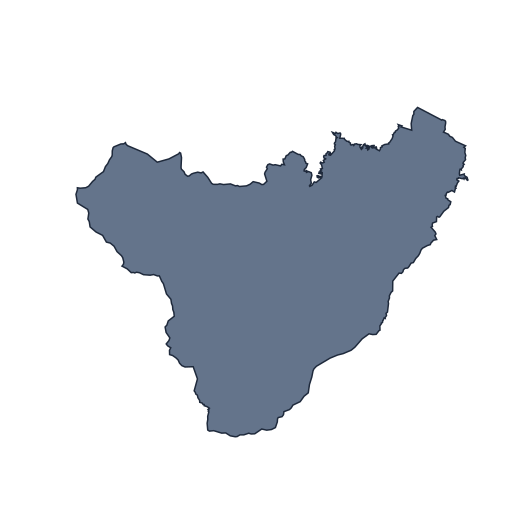 Grosii Tiblesului, Maramures, Romania (orthographic projection), rotated 193°
{"feature_id": "2599482B90074952461136", "entity_name": "Grosii Tiblesului", "entity_type": "district", "adm_level": 2, "iso_a3": "ROU", "parent_name": "Romania", "parent_adm1": "Maramures", "projection": "orthographic", "projection_center": [24.114, 47.531], "detail": "fine", "context": "isolated", "style": "filled", "palette": "slate", "viewbox_px": 512, "rotation_deg": 193, "n_neighbors": 0, "source": "geoboundaries", "source_scale": "gbopen_adm2", "svg_char_len": 6057}
<svg xmlns="http://www.w3.org/2000/svg" viewBox="0 0 512 512"><g transform="rotate(193 256 256)"><path d="M204.5,388.3L204.2,385.1L204.9,383.9L204.9,382.9L203.7,382.2L204.1,380.7L203.0,378.1L203.7,377.4L203.2,376.1L206.1,370.9L207.5,370.8L208.0,371.5L207.7,372.1L206.2,372.2L207.1,373.8L209.5,373.9L209.8,372.6L210.8,371.2L210.4,369.8L212.3,369.2L212.4,368.5L212.4,367.8L211.1,366.1L209.5,366.8L211.9,364.3L210.6,362.7L212.0,361.6L214.1,362.0L214.4,361.0L212.6,359.6L211.0,356.2L212.6,355.4L211.6,354.5L212.2,354.1L212.0,353.4L212.6,353.3L212.1,352.1L213.3,352.1L213.4,350.7L210.9,350.6L211.3,351.3L211.0,352.5L210.2,352.2L209.5,348.1L211.6,348.0L212.5,347.2L212.7,348.0L213.7,348.3L214.5,348.0L214.1,347.3L214.3,346.8L212.8,346.1L211.3,347.1L209.9,346.6L213.9,341.2L215.9,341.3L217.3,337.6L219.2,335.9L219.7,336.4L218.5,339.4L219.9,342.6L219.7,347.3L220.9,349.6L223.9,350.1L225.4,349.0L225.6,350.5L226.4,350.6L226.4,349.5L228.3,349.7L228.4,351.3L227.0,353.4L226.4,357.4L228.4,357.7L228.8,358.8L230.0,359.8L230.3,361.1L232.3,363.3L234.6,363.8L235.8,364.8L237.8,364.5L244.0,366.2L244.9,365.0L245.9,364.8L247.7,361.5L249.1,360.6L249.7,357.1L251.4,356.5L250.6,353.9L248.8,351.3L251.5,351.2L252.3,349.3L257.8,349.3L259.8,348.4L263.4,348.8L265.0,347.7L265.8,344.9L264.6,343.6L266.0,339.7L266.1,337.9L262.2,331.3L264.7,327.5L266.4,326.9L269.2,327.8L275.5,327.8L277.8,324.7L281.0,322.2L287.8,320.0L289.9,320.5L291.7,319.7L297.1,320.5L303.7,318.3L307.4,318.2L309.7,317.1L313.8,316.2L315.6,316.8L320.7,321.8L326.5,326.0L328.2,324.6L331.6,324.6L335.5,322.6L337.3,321.4L339.0,319.1L340.5,318.3L343.5,319.7L345.1,321.9L348.3,323.9L349.0,325.5L350.7,335.1L352.6,339.3L353.8,339.6L354.2,338.3L362.7,331.0L373.3,325.2L384.8,330.9L405.9,334.6L407.7,335.6L408.7,337.1L410.1,335.5L412.8,334.8L419.0,330.4L419.6,329.4L419.7,326.1L418.8,322.0L418.9,320.4L420.4,316.8L421.2,312.7L422.8,309.3L423.6,303.9L429.8,296.8L430.1,294.5L432.0,291.9L434.8,286.3L437.3,284.2L442.6,282.5L445.4,282.3L444.9,280.4L445.3,275.6L441.9,267.4L430.4,263.5L428.6,260.2L428.1,254.2L426.2,252.0L424.2,247.0L417.3,243.4L410.1,241.6L404.9,235.9L400.9,235.8L396.5,233.6L392.4,229.0L387.1,226.0L385.5,224.4L383.4,220.3L383.3,218.1L384.3,216.0L378.6,214.5L373.8,211.7L371.7,212.4L370.3,212.2L368.8,213.3L365.8,213.5L361.4,212.5L354.8,213.5L351.6,214.9L347.6,214.4L345.7,214.9L342.1,210.1L340.0,208.2L334.7,198.9L329.2,194.7L327.6,190.7L326.1,188.6L325.0,185.1L323.4,182.7L322.1,178.9L326.9,173.0L327.3,168.6L328.6,166.4L326.4,161.3L321.5,156.8L321.8,154.0L323.7,150.1L321.9,148.6L318.4,147.4L319.1,144.7L318.0,140.5L314.9,140.3L311.2,138.8L308.5,137.2L306.4,134.4L303.6,132.5L300.2,131.9L292.3,134.0L285.4,123.1L285.9,110.7L284.3,109.3L283.7,108.0L281.8,107.2L280.7,104.8L278.5,102.7L277.9,100.8L275.4,100.6L274.1,99.4L273.1,99.6L272.8,98.5L269.7,98.2L267.2,97.2L268.2,95.7L267.3,95.4L267.7,94.1L266.9,93.5L267.0,88.9L266.2,85.8L266.0,82.1L263.9,75.6L262.0,74.9L257.9,76.3L249.6,75.7L245.7,76.8L240.6,75.0L235.6,75.2L233.8,75.8L231.4,78.1L227.6,79.0L223.2,81.7L220.7,81.5L217.2,82.5L211.5,88.7L206.4,88.7L201.9,90.4L198.5,93.2L197.9,99.1L198.4,102.3L198.0,103.6L194.5,105.3L193.5,107.6L193.8,110.6L188.8,113.9L187.5,115.9L186.5,119.0L180.2,124.0L177.6,130.2L174.3,134.4L175.0,142.8L174.4,150.6L174.6,157.0L174.1,159.2L172.3,162.2L160.8,173.2L154.2,177.9L149.1,180.5L142.1,185.6L139.2,189.3L133.9,199.2L128.4,205.6L124.6,205.7L121.3,206.7L119.4,210.9L118.5,211.6L119.6,215.8L118.5,218.3L118.8,218.8L117.8,219.8L118.0,221.7L117.6,222.1L117.2,224.5L116.1,224.3L116.4,225.0L115.4,227.3L116.4,229.4L115.3,230.9L116.2,239.5L117.0,241.4L116.5,245.1L117.1,247.2L116.2,250.9L115.0,252.7L117.1,262.3L112.8,271.5L110.4,271.8L109.3,273.7L109.2,275.9L108.1,277.5L105.5,278.4L104.6,280.0L103.3,283.9L101.2,285.0L99.8,289.5L97.9,292.7L97.0,295.6L96.6,298.8L95.6,301.0L91.3,304.8L88.7,306.3L88.6,307.7L86.6,311.3L83.6,312.7L86.4,316.1L85.6,318.0L86.7,319.6L91.9,323.4L90.7,324.5L91.3,325.8L91.4,327.8L87.9,330.1L88.8,334.7L88.1,335.4L86.4,335.0L85.7,335.6L83.1,341.8L79.3,346.6L79.4,348.8L78.4,349.7L78.4,352.7L81.2,353.7L82.0,354.2L82.1,354.9L83.8,355.1L85.2,357.6L84.5,357.9L84.6,359.6L83.9,361.3L83.0,361.3L79.9,363.9L77.0,363.0L76.9,366.8L76.6,366.9L77.2,367.4L77.3,368.8L76.7,368.6L76.2,372.4L75.2,374.6L77.5,375.4L77.5,376.8L76.3,377.1L76.1,377.8L72.4,377.7L71.5,378.5L70.6,377.7L70.4,378.8L69.8,379.2L67.1,377.3L66.6,377.8L67.6,378.6L67.4,379.2L68.1,380.2L70.6,381.0L71.6,382.1L71.6,382.7L75.7,380.5L76.3,381.7L76.8,385.4L76.6,386.5L75.3,386.1L75.6,386.9L74.2,389.6L74.6,390.9L73.8,392.2L75.1,392.8L75.1,393.9L73.5,397.0L74.3,398.9L74.2,401.1L75.8,403.8L76.3,407.9L78.0,408.7L76.6,410.5L87.5,412.7L91.3,415.7L94.2,416.3L95.9,417.9L101.2,418.9L100.1,422.0L100.9,424.2L101.1,428.3L101.6,429.9L102.5,430.5L105.1,430.8L105.6,430.2L132.0,437.1L134.7,432.4L134.1,429.6L134.8,428.1L134.6,419.9L132.6,413.6L143.6,414.4L143.0,415.6L147.0,416.0L145.9,414.7L146.5,414.1L145.7,412.7L146.8,410.5L148.2,409.1L148.3,407.7L149.0,407.5L149.6,405.1L150.2,404.8L149.5,403.8L149.7,401.1L151.3,396.9L152.2,395.9L151.9,395.1L155.7,393.6L158.1,391.6L157.6,390.8L159.1,389.6L158.8,388.3L159.4,386.3L162.8,387.2L162.6,387.8L163.3,389.3L163.9,389.1L164.0,388.1L164.9,388.0L165.9,388.8L165.5,389.9L165.8,390.3L167.9,389.6L167.8,388.8L166.2,387.7L166.5,387.5L167.8,387.7L168.8,389.7L168.6,388.7L169.9,388.3L170.1,385.4L171.0,384.5L171.7,386.0L172.8,385.9L172.2,386.8L170.5,386.2L170.2,387.4L171.2,387.4L170.7,388.5L172.1,388.8L172.6,387.6L171.9,387.6L172.5,387.2L173.2,389.2L173.3,388.1L174.2,388.0L175.1,389.8L176.2,388.7L175.9,388.3L177.1,386.4L176.7,386.2L177.5,385.5L176.4,385.1L177.3,383.6L179.0,385.3L179.6,386.7L178.8,388.1L182.1,387.6L183.1,388.0L185.1,387.3L185.6,385.7L186.6,386.5L188.3,385.5L189.0,385.8L189.4,387.3L191.3,387.9L191.3,388.6L193.3,388.2L196.1,389.7L196.4,390.5L200.9,389.6L200.8,393.3L201.2,394.5L201.8,394.8L203.9,393.7L205.9,394.5L206.2,393.3L207.3,392.8L207.7,393.5L209.4,393.7L207.6,391.8L205.7,391.3L204.5,390.2L204.6,389.6L203.6,389.6L204.5,388.3Z" fill="#64748b" stroke="#1e293b" stroke-width="1.5"/></g></svg>